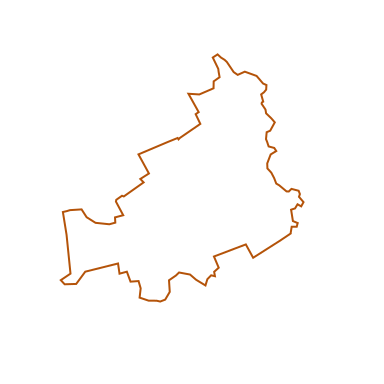 Cumberland, Maine, United States of America, rotated 294°
{"feature_id": "52423323B1256829191477", "entity_name": "Cumberland", "entity_type": "district", "adm_level": 2, "iso_a3": "USA", "parent_name": "United States of America", "parent_adm1": "Maine", "projection": "natural_earth1", "projection_center": [-70.316, 43.849], "detail": "fine", "context": "isolated", "style": "outline", "palette": "amber", "viewbox_px": 384, "rotation_deg": 294, "n_neighbors": 0, "source": "geoboundaries", "source_scale": "gbopen_adm2", "svg_char_len": 1692}
<svg xmlns="http://www.w3.org/2000/svg" viewBox="0 0 384 384"><g transform="rotate(294 192 192)"><path d="M194.2,299.0L194.3,298.9L200.8,297.2L202.9,301.8L206.3,301.2L206.6,301.2L206.5,296.0L214.8,290.6L216.1,289.7L216.5,290.1L218.9,292.8L223.7,293.4L223.3,297.6L228.1,298.0L231.1,291.7L234.0,291.4L236.5,288.9L235.3,281.6L231.8,280.2L231.0,278.1L233.6,268.9L233.8,267.0L234.0,265.5L238.1,261.4L241.9,256.6L243.1,253.9L244.2,251.3L248.7,249.1L254.1,248.8L258.3,248.6L263.7,252.3L265.7,249.2L264.8,243.5L266.5,241.9L268.2,240.4L270.4,238.1L272.5,237.4L277.0,235.9L279.8,238.5L289.3,239.3L291.6,234.4L294.0,227.7L297.2,225.6L300.9,219.7L302.2,219.4L303.5,220.3L309.3,215.5L312.4,217.2L315.7,218.1L320.0,216.5L320.0,212.8L324.3,203.8L323.4,191.3L317.6,186.1L318.5,181.3L325.0,170.9L326.0,168.0L326.6,163.8L328.1,159.4L323.3,156.3L315.2,165.9L312.7,167.4L308.1,170.5L301.9,166.8L295.5,169.5L284.1,159.0L280.3,148.8L267.7,165.6L264.6,163.7L257.6,171.9L236.4,158.9L234.6,158.3L235.5,156.9L227.7,149.4L204.6,127.8L191.4,145.1L182.9,139.5L181.1,143.9L160.2,131.5L160.1,129.6L154.1,126.0L152.3,126.4L142.8,138.6L137.5,132.0L132.8,134.4L128.9,129.6L124.6,116.4L126.1,106.0L131.2,98.2L125.8,87.9L123.7,85.5L121.2,82.2L101.9,94.8L68.0,114.2L58.1,108.0L55.9,113.2L60.9,123.6L75.8,126.9L96.6,153.5L87.9,159.0L92.7,164.9L85.1,172.3L88.9,179.4L83.1,184.3L74.2,187.1L75.1,196.6L78.3,203.9L79.0,207.5L82.8,211.3L91.7,212.3L102.0,206.9L109.2,211.3L113.2,212.9L115.8,223.8L113.5,231.4L112.1,242.3L118.6,241.5L123.7,243.4L124.4,247.2L128.1,244.7L133.7,247.2L142.0,238.3L157.1,253.5L166.0,262.5L163.1,266.3L156.8,274.6L184.1,292.7L184.3,292.8L194.2,299.0Z" fill="none" stroke="#b45309" stroke-width="2"/></g></svg>